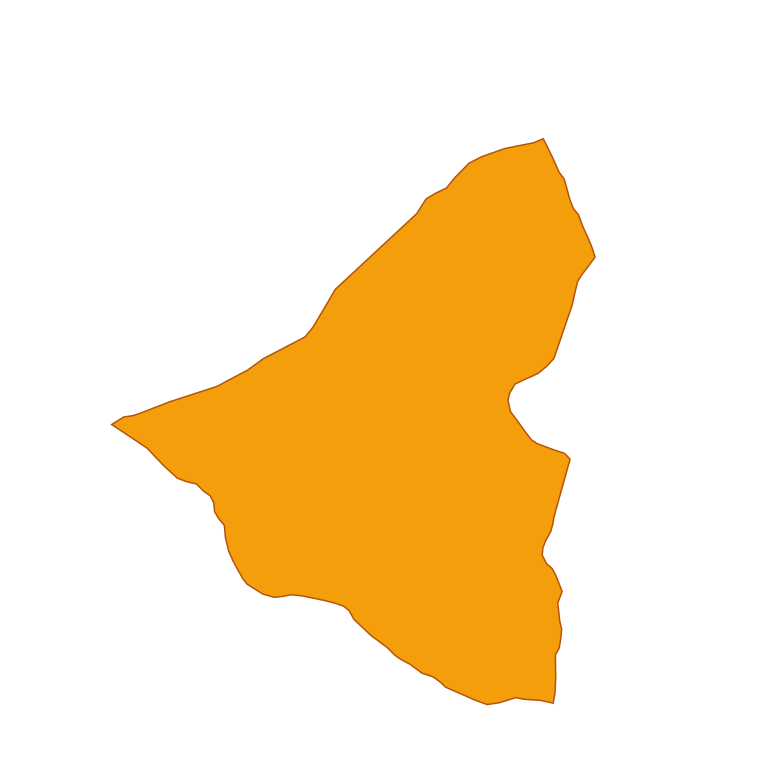 outline of Itapura, São Paulo, Brazil, rotated 16°
{"feature_id": "56859067B23822511456488", "entity_name": "Itapura", "entity_type": "district", "adm_level": 2, "iso_a3": "BRA", "parent_name": "Brazil", "parent_adm1": "São Paulo", "projection": "robinson", "projection_center": [-51.427, -20.578], "detail": "fine", "context": "isolated", "style": "filled", "palette": "amber", "viewbox_px": 768, "rotation_deg": 16, "n_neighbors": 0, "source": "geoboundaries", "source_scale": "gbopen_adm2", "svg_char_len": 1634}
<svg xmlns="http://www.w3.org/2000/svg" viewBox="0 0 768 768"><g transform="rotate(16 384 384)"><path d="M634.6,644.2L633.6,634.4L630.2,619.6L625.8,605.2L623.5,597.0L625.2,589.3L623.9,578.6L622.4,570.9L618.1,563.1L614.7,554.6L611.4,546.7L612.4,534.3L607.3,527.6L602.2,520.9L596.5,515.1L589.8,511.9L583.3,505.0L581.9,497.5L582.7,489.5L584.9,480.1L584.9,472.6L584.0,464.1L583.6,404.9L576.6,400.9L565.7,400.5L555.2,399.7L547.5,399.1L541.1,397.0L532.7,390.8L522.8,383.0L513.1,375.6L507.7,365.4L507.3,358.1L510.0,347.9L518.2,340.6L524.1,335.8L529.6,330.8L535.7,321.8L540.3,312.5L543.1,256.4L541.8,232.5L543.9,224.8L547.6,215.5L551.9,203.8L546.8,196.1L541.4,189.2L531.9,178.0L524.1,167.5L517.8,163.3L511.8,155.5L506.9,147.3L500.8,137.4L493.9,132.1L484.4,120.7L469.5,104.3L461.1,111.0L454.9,114.2L444.5,119.5L435.0,124.5L415.4,138.4L405.0,148.1L395.1,166.3L390.0,178.4L380.9,186.5L373.5,194.4L368.5,211.2L311.0,306.6L306.7,323.8L300.0,349.1L295.1,360.5L261.0,392.9L249.2,408.1L232.3,424.3L224.3,432.2L182.7,460.3L156.6,480.1L151.2,483.7L142.8,487.5L133.4,498.0L173.9,510.9L194.8,523.3L211.4,531.5L220.9,532.3L231.3,531.8L240.1,536.7L247.6,539.3L252.9,544.8L256.3,553.3L262.1,558.9L269.5,563.9L273.9,575.3L280.6,587.3L288.1,596.2L302.0,610.2L307.6,614.2L325.3,619.3L337.4,619.3L345.9,615.8L352.6,612.2L364.1,610.2L387.8,608.4L398.6,608.2L406.3,608.7L412.8,611.4L420.1,618.6L440.7,629.3L459.8,636.5L469.5,641.8L476.2,644.1L486.1,646.2L500.3,651.5L512.0,652.0L520.2,655.0L526.9,658.5L559.9,662.9L571.5,663.7L582.5,658.7L597.1,649.2L605.2,648.5L621.7,645.0L628.5,644.5L634.6,644.2Z" fill="#f59e0b" stroke="#b45309" stroke-width="1.5"/></g></svg>